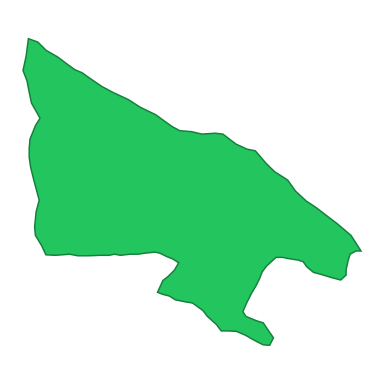 outline of Livera, Cyprus
{"feature_id": "46923920B2893427374385", "entity_name": "Livera", "entity_type": "district", "adm_level": 2, "iso_a3": "CYP", "parent_name": "Cyprus", "parent_adm1": "", "projection": "equal_earth", "projection_center": [32.951, 35.381], "detail": "fine", "context": "isolated", "style": "filled", "palette": "green", "viewbox_px": 384, "rotation_deg": 0, "n_neighbors": 0, "source": "geoboundaries", "source_scale": "gbopen_adm2", "svg_char_len": 1478}
<svg xmlns="http://www.w3.org/2000/svg" viewBox="0 0 384 384"><path d="M361.0,251.0L351.0,235.4L337.1,223.6L329.4,217.8L316.3,207.7L306.2,201.0L295.4,191.0L287.7,180.1L274.6,171.7L266.1,163.4L255.3,150.8L246.8,149.1L236.0,144.1L222.9,134.1L215.2,133.2L202.0,134.1L191.2,131.6L179.7,130.7L172.0,126.5L165.0,121.5L155.8,114.8L140.3,107.3L128.7,99.8L112.5,92.2L101.7,86.4L89.4,78.0L82.5,73.0L74.7,69.6L67.8,64.6L57.8,57.1L46.2,50.4L37.7,42.0L28.4,38.7L26.1,56.2L23.0,70.5L26.9,80.5L29.2,92.2L31.5,103.1L40.0,118.2L35.4,125.7L30.0,139.1L29.2,148.3L29.2,157.5L30.7,167.6L33.8,180.1L39.2,200.2L36.1,211.9L34.6,227.0L35.4,235.4L41.5,245.4L45.9,254.8L55.2,255.3L62.2,254.8L69.6,254.2L78.0,255.8L87.8,255.8L100.7,255.3L109.1,255.3L114.5,254.2L120.4,255.3L130.3,254.2L138.2,254.2L144.6,253.2L155.0,252.1L159.9,253.2L166.4,256.4L172.8,259.0L178.7,262.8L174.3,270.3L167.8,276.7L162.9,280.5L157.5,292.3L162.9,294.4L169.3,296.0L175.3,299.8L185.6,301.9L192.5,303.0L202.9,310.5L207.4,316.4L216.3,324.4L221.2,330.9L227.6,330.9L236.5,331.4L245.4,335.2L251.8,338.9L257.7,342.1L263.2,344.8L269.6,345.3L273.5,337.8L270.1,333.0L263.2,322.8L256.3,320.7L245.9,316.4L242.9,311.6L246.4,303.5L251.8,292.8L256.3,285.3L259.7,278.3L262.2,271.9L266.6,266.0L276.0,257.4L282.9,257.4L287.9,258.5L298.2,260.1L303.2,261.7L306.6,266.6L313.5,272.4L320.0,274.1L332.3,277.8L340.7,280.0L346.1,275.1L346.1,269.8L348.1,260.7L350.1,254.2L356.0,251.0L361.0,251.0Z" fill="#22c55e" stroke="#15803d" stroke-width="1.5"/></svg>